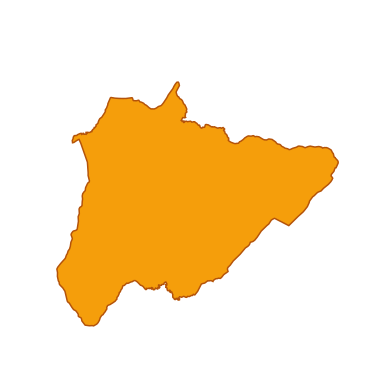 Guachetá, Cundinamarca, Colombia, rotated 348°
{"feature_id": "7082276B56443228880790", "entity_name": "Guachetá", "entity_type": "district", "adm_level": 2, "iso_a3": "COL", "parent_name": "Colombia", "parent_adm1": "Cundinamarca", "projection": "orthographic", "projection_center": [-73.705, 5.391], "detail": "fine", "context": "isolated", "style": "filled", "palette": "amber", "viewbox_px": 384, "rotation_deg": 348, "n_neighbors": 0, "source": "geoboundaries", "source_scale": "gbopen_adm2", "svg_char_len": 6003}
<svg xmlns="http://www.w3.org/2000/svg" viewBox="0 0 384 384"><g transform="rotate(348 192 192)"><path d="M132.4,82.7L131.7,83.0L128.1,88.1L127.7,89.3L125.7,92.3L124.3,93.6L124.1,94.2L124.3,94.7L123.3,96.1L119.4,100.0L117.1,101.1L116.6,101.6L115.4,103.1L114.2,105.3L112.0,106.5L111.8,107.7L110.7,108.6L109.8,108.6L109.9,109.1L109.8,109.3L107.6,110.5L107.2,111.3L106.8,111.3L106.4,111.7L106.4,112.1L105.4,112.1L104.6,112.5L103.7,112.4L102.2,111.9L101.9,112.5L101.3,111.8L100.8,111.6L100.6,111.9L100.7,113.4L100.4,113.6L99.9,113.3L98.4,113.1L98.2,112.2L97.9,112.0L97.4,112.6L96.5,112.4L96.1,112.7L95.9,112.3L96.1,111.7L95.0,111.5L92.0,112.1L91.0,112.7L88.5,112.4L88.0,113.1L87.3,113.6L86.9,114.9L85.6,116.7L85.4,119.0L86.7,119.0L89.9,117.7L91.9,117.1L92.5,117.1L93.4,121.4L95.9,141.1L94.4,151.7L93.8,154.3L94.0,159.9L93.5,160.8L92.2,161.4L91.5,162.1L89.2,165.1L88.7,165.9L87.9,168.4L86.4,169.4L84.7,171.0L83.8,173.1L83.5,176.1L82.6,178.7L81.6,182.4L80.8,183.1L79.0,183.8L78.0,185.2L77.3,189.7L75.5,192.5L74.8,197.1L72.0,204.4L71.6,204.9L70.3,205.4L68.2,205.5L67.3,205.8L65.4,207.5L64.8,208.7L65.2,211.6L65.2,213.0L63.1,216.0L61.7,219.8L60.4,222.2L58.5,224.0L57.2,226.4L56.1,227.5L54.3,230.5L48.7,234.6L45.0,237.7L43.8,239.3L43.7,242.9L42.8,246.6L42.8,251.2L43.3,252.5L43.1,254.4L43.5,255.5L45.7,259.0L47.1,262.7L47.3,272.8L47.9,274.2L48.9,275.2L50.5,279.7L51.7,282.4L53.6,284.0L54.7,286.2L55.3,287.9L55.0,289.9L55.5,290.6L56.9,291.7L57.5,292.5L57.5,295.2L59.7,299.9L60.0,300.1L63.8,301.5L66.5,301.9L68.0,302.5L71.4,301.4L72.9,300.3L74.7,298.3L76.0,296.0L77.2,294.7L78.2,293.9L79.6,293.4L80.6,292.3L82.5,290.8L83.0,289.8L83.9,289.4L84.4,288.5L84.6,287.1L85.7,285.7L86.6,285.3L88.3,285.1L91.9,283.8L94.2,282.8L95.4,281.7L96.1,281.4L96.7,279.5L98.2,278.3L99.6,276.3L100.0,275.2L101.0,274.8L102.3,272.8L103.4,272.0L104.8,269.5L105.2,269.3L106.4,269.3L109.2,267.6L110.2,268.0L111.2,267.9L113.4,267.3L114.8,267.3L116.9,266.6L118.2,266.9L119.9,268.7L122.2,272.4L123.5,273.2L124.5,274.2L125.9,277.1L126.5,277.8L127.1,277.8L127.4,276.8L128.3,277.2L129.5,277.1L130.1,277.6L130.8,277.2L132.2,278.4L132.3,278.0L132.0,277.4L132.4,277.1L132.9,277.1L133.6,277.8L133.7,279.3L134.0,279.6L135.2,279.7L136.1,278.6L136.4,278.4L138.0,279.7L138.4,279.7L138.8,279.1L138.8,278.3L139.3,278.3L140.0,279.1L140.6,278.7L140.7,277.8L139.8,276.6L140.0,276.0L140.3,276.0L141.3,276.7L142.7,276.9L143.1,276.3L143.4,276.2L145.0,276.4L146.0,275.1L147.1,274.6L147.8,274.7L148.3,276.6L146.8,277.1L147.0,277.7L147.8,278.0L146.6,279.3L146.5,279.8L147.3,280.4L147.6,281.1L147.4,282.2L147.6,283.3L148.7,283.7L149.3,283.4L149.9,283.5L150.3,284.3L149.6,284.6L149.4,284.9L150.1,285.7L150.6,285.4L151.4,285.7L151.5,286.9L151.9,288.3L151.5,289.7L151.4,291.2L152.4,292.5L152.4,293.2L152.9,293.6L153.3,293.7L154.2,292.8L155.5,293.0L155.0,293.7L155.4,293.9L155.8,294.6L156.3,294.9L157.3,294.9L157.6,293.9L156.8,293.5L156.7,293.1L158.1,291.9L160.0,292.8L161.6,292.4L162.4,292.4L163.9,293.6L164.9,293.9L165.2,293.8L165.8,293.2L167.8,293.7L169.8,293.1L171.0,293.3L172.0,292.4L172.9,293.1L173.4,293.2L176.8,290.4L182.0,284.0L183.1,283.8L185.6,283.7L189.0,282.1L190.0,282.5L191.4,282.5L192.5,282.8L193.9,283.9L194.6,282.9L197.1,281.8L198.8,282.0L200.0,281.8L201.7,282.4L203.0,281.8L205.9,279.4L210.7,277.3L210.6,275.0L210.9,274.0L211.4,273.3L214.3,271.4L218.0,268.0L226.1,262.9L232.6,257.8L235.4,256.7L236.6,255.9L237.3,255.3L238.6,253.3L241.2,253.1L243.3,252.2L246.4,249.7L251.6,244.6L258.4,240.3L260.4,239.3L263.8,235.9L266.6,235.0L267.4,235.0L279.7,245.0L290.8,237.9L296.4,234.7L298.0,233.5L301.8,230.3L304.3,226.9L305.1,225.3L309.0,221.8L310.8,221.0L314.0,218.9L315.4,218.3L318.5,217.8L321.3,215.8L327.1,212.8L329.9,210.8L331.3,209.4L332.5,207.8L332.3,207.0L331.4,205.3L331.6,204.5L332.3,203.5L335.0,201.4L336.7,198.6L337.2,198.1L337.8,198.3L338.2,197.9L340.9,194.2L341.2,193.2L341.2,192.2L340.8,191.2L339.3,188.7L339.2,188.1L338.3,187.3L338.2,184.0L337.5,182.4L336.9,180.1L336.7,179.7L334.2,177.4L332.9,176.6L330.9,176.1L328.7,176.1L328.2,175.2L326.1,174.1L325.0,173.8L321.6,173.6L317.2,171.7L315.0,171.7L312.1,172.2L311.5,172.0L309.5,170.5L306.2,169.3L305.2,169.3L303.5,169.9L299.5,170.2L297.6,170.7L296.2,170.8L295.6,170.6L294.6,169.6L292.0,168.4L290.9,167.2L289.3,166.0L288.5,164.5L287.8,163.7L285.6,162.8L284.8,161.8L284.2,160.4L281.2,157.2L278.2,156.1L275.7,156.6L273.6,156.0L272.4,155.2L268.9,151.9L266.7,151.1L265.1,151.0L264.0,149.8L263.5,149.6L261.4,149.7L259.0,148.9L257.8,149.0L254.8,150.1L253.0,151.3L250.6,152.4L248.9,152.8L247.7,153.9L246.6,153.9L246.1,153.7L245.1,153.8L243.5,153.4L240.1,151.2L238.3,149.2L238.5,148.6L238.9,148.1L238.8,147.5L239.1,147.0L238.1,145.4L238.1,144.1L237.9,143.8L237.8,142.9L236.6,141.7L236.5,139.2L236.0,139.0L235.7,138.4L236.0,137.8L236.9,137.4L237.0,137.1L235.8,135.4L234.7,135.5L234.3,135.8L234.0,135.8L233.1,135.0L231.8,134.8L230.6,135.0L227.3,132.8L226.0,132.8L225.6,132.4L224.6,132.3L222.0,129.8L220.2,129.0L219.5,128.9L218.9,129.2L218.0,131.0L217.6,131.3L217.0,131.3L216.2,130.8L215.0,131.5L214.6,131.5L214.2,131.2L213.3,129.7L213.4,128.7L213.2,128.2L212.2,128.1L210.9,125.7L209.8,124.8L209.3,123.9L208.1,123.6L206.7,123.7L206.2,123.6L205.9,123.0L205.2,122.4L202.2,122.3L201.3,121.6L199.9,121.5L198.9,122.3L198.6,122.3L198.7,121.3L198.1,121.6L198.0,120.7L197.0,120.8L197.0,119.9L196.4,119.7L198.4,117.3L200.3,117.9L201.3,117.7L200.9,116.3L201.6,115.3L201.7,114.2L202.0,113.6L203.5,112.8L203.6,112.4L203.4,112.1L203.3,111.5L204.0,110.2L204.1,109.4L203.2,105.4L202.1,103.8L201.6,100.8L200.9,99.4L199.4,98.1L198.7,96.1L198.0,95.7L197.4,93.9L197.2,91.3L197.5,90.5L201.8,85.3L201.8,82.7L201.3,81.6L200.0,81.5L198.2,82.9L196.4,84.8L194.8,86.9L189.1,92.0L186.9,94.7L182.5,99.0L180.5,100.6L179.6,101.1L176.9,101.4L174.5,102.5L172.4,102.9L169.2,102.2L167.6,100.7L165.5,97.8L163.9,96.5L163.2,95.2L161.3,93.7L159.8,93.0L159.0,91.2L158.6,91.1L156.4,91.2L153.7,90.4L153.5,90.1L153.3,87.8L152.9,87.3L147.0,86.8L144.0,86.2L140.1,85.3L136.2,84.2L132.4,82.7Z" fill="#f59e0b" stroke="#b45309" stroke-width="1.5"/></g></svg>